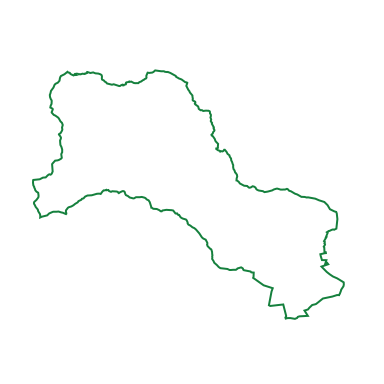 Ghelinta, Covasna, Romania, rotated 185°
{"feature_id": "2599482B945421352302", "entity_name": "Ghelinta", "entity_type": "district", "adm_level": 2, "iso_a3": "ROU", "parent_name": "Romania", "parent_adm1": "Covasna", "projection": "equal_earth", "projection_center": [26.296, 45.92], "detail": "fine", "context": "isolated", "style": "outline", "palette": "green", "viewbox_px": 384, "rotation_deg": 185, "n_neighbors": 0, "source": "geoboundaries", "source_scale": "gbopen_adm2", "svg_char_len": 6061}
<svg xmlns="http://www.w3.org/2000/svg" viewBox="0 0 384 384"><g transform="rotate(185 192 192)"><path d="M326.5,300.9L329.3,298.2L332.7,296.1L333.2,295.1L333.5,293.9L333.7,291.3L335.2,289.2L337.4,287.9L338.3,286.7L339.1,284.0L341.3,280.4L341.6,278.1L342.1,276.3L341.7,274.2L340.7,272.1L340.0,271.3L339.7,270.6L339.6,267.5L340.3,265.7L340.5,263.8L338.3,262.9L337.9,262.4L338.1,261.3L338.7,259.5L338.7,258.9L336.5,256.8L334.8,256.2L331.9,254.5L331.0,253.6L329.2,250.9L327.6,249.6L326.6,247.5L327.1,244.9L326.6,242.9L326.8,241.9L328.0,239.3L329.5,238.1L329.6,237.7L328.0,235.9L327.3,234.8L327.3,233.7L327.9,231.9L327.7,230.3L327.2,227.4L326.0,225.5L325.0,222.9L324.8,220.2L325.4,218.9L325.5,218.0L324.7,214.7L325.3,213.8L327.1,212.5L328.6,211.8L331.1,211.3L333.5,208.1L333.8,207.5L333.7,206.9L332.6,200.3L333.3,198.1L334.0,197.2L334.6,196.9L335.5,197.2L336.2,196.9L337.2,196.0L339.0,193.8L341.8,193.3L344.8,191.4L351.0,190.2L351.3,190.0L351.2,187.4L350.6,184.7L349.7,183.5L349.6,182.8L348.8,181.5L348.2,180.0L347.0,178.8L345.2,177.9L344.6,175.4L344.5,173.8L344.7,173.1L346.3,170.5L348.0,168.7L348.4,168.1L348.5,167.2L348.2,166.3L347.3,165.1L346.5,163.6L344.1,161.1L343.5,159.4L341.5,156.7L341.0,154.8L341.0,153.4L339.4,154.3L334.2,156.1L332.4,158.2L329.1,160.0L328.2,160.3L325.5,160.5L323.2,160.9L320.6,160.3L318.9,160.1L315.6,159.0L315.3,159.4L315.4,160.0L316.0,161.9L315.9,162.8L314.2,165.5L313.4,166.1L310.9,167.1L308.9,168.5L307.4,170.0L305.0,171.7L304.3,173.0L301.6,174.6L301.1,175.6L299.5,176.2L298.1,178.1L295.8,179.4L291.6,180.0L286.4,182.0L284.0,182.3L282.8,182.1L281.3,184.6L280.2,185.9L279.0,186.0L277.6,186.7L277.3,186.3L275.5,186.7L274.7,185.7L272.7,185.1L271.5,185.8L267.0,185.9L265.9,185.6L265.3,184.8L264.8,184.5L263.9,185.3L261.7,186.6L260.9,186.9L259.9,186.8L259.1,186.2L258.2,184.0L257.5,183.1L255.5,182.4L253.6,181.1L249.9,180.5L249.1,180.7L247.4,181.9L243.5,182.3L241.6,182.7L238.7,182.2L237.6,181.7L236.6,180.7L234.5,179.9L233.2,178.2L231.3,173.6L231.2,172.9L230.8,172.9L229.1,171.9L225.6,172.0L223.1,171.1L221.5,170.1L220.5,170.1L219.8,171.0L216.0,172.0L210.5,172.1L209.1,171.9L206.6,169.2L205.7,169.1L205.1,169.4L203.6,167.9L202.8,168.0L201.3,166.0L200.3,165.3L198.8,164.7L195.7,164.1L194.8,163.3L193.7,161.3L193.6,160.3L192.7,159.2L190.7,158.4L188.5,156.9L186.5,156.2L184.8,155.0L181.1,151.4L178.2,147.7L176.7,146.6L174.2,145.7L172.3,142.7L172.2,141.4L172.4,140.9L171.7,139.4L168.6,136.8L167.9,136.6L167.6,136.1L166.8,134.1L166.4,131.5L166.1,130.9L166.3,129.8L166.0,128.3L166.1,127.1L164.4,124.9L163.7,123.5L160.7,121.3L158.9,119.6L157.1,118.6L150.0,118.4L147.8,117.6L146.4,117.7L144.1,118.1L141.5,118.3L140.3,119.3L140.0,119.8L136.5,121.2L135.0,120.5L134.6,120.1L134.1,119.0L133.4,118.6L126.7,117.9L125.9,117.1L123.5,117.1L123.3,112.9L123.6,111.8L112.5,105.3L103.2,103.2L104.1,99.8L105.5,85.9L104.1,85.3L91.3,87.9L87.4,76.8L87.4,76.2L88.0,75.1L87.6,74.1L85.9,74.7L83.1,75.0L78.4,74.6L76.3,75.7L75.7,76.8L74.1,77.5L65.8,78.7L69.6,83.7L66.2,85.1L65.1,86.8L62.4,89.9L59.4,90.9L58.6,91.3L52.3,97.3L43.0,100.1L38.5,102.0L36.5,102.1L36.5,102.5L35.9,103.4L34.9,107.0L34.9,107.6L32.9,111.3L32.7,113.0L33.0,115.2L39.8,118.6L44.2,120.1L47.6,122.0L50.8,124.1L56.2,128.7L56.5,129.0L50.0,131.9L51.3,133.3L52.9,132.7L52.2,135.8L56.6,135.5L58.2,139.5L58.7,141.2L54.5,142.6L53.3,142.8L53.5,143.7L54.8,143.8L55.4,148.2L56.0,149.0L55.1,150.6L54.9,151.6L55.6,152.3L55.3,153.8L56.2,154.5L54.3,158.5L54.7,158.5L53.3,163.1L54.1,163.7L52.3,165.1L51.7,165.2L49.5,166.5L48.2,167.0L47.1,166.8L45.0,168.1L44.8,177.7L45.9,183.2L46.6,184.7L48.5,185.1L53.1,186.9L55.8,190.7L59.3,193.6L64.7,194.8L68.6,196.1L76.1,196.8L77.0,196.5L79.4,196.9L82.6,196.7L86.9,198.7L89.3,199.3L93.4,201.3L95.3,201.7L96.8,203.1L97.7,203.4L99.4,202.6L103.8,202.1L107.2,202.8L108.1,202.7L110.8,201.6L112.2,200.6L116.6,199.0L119.8,198.2L121.4,199.0L125.6,199.3L127.2,199.8L128.2,200.5L129.2,202.0L130.7,202.8L132.1,203.0L133.8,201.7L134.9,201.3L135.8,201.4L137.6,202.8L140.6,202.8L145.1,204.7L146.2,206.1L148.0,207.3L148.7,207.4L148.7,209.5L148.3,211.3L148.7,213.0L149.8,214.5L150.7,215.2L151.6,217.3L152.6,218.4L153.2,220.4L153.3,222.4L153.9,223.4L154.7,225.4L155.7,227.0L156.0,228.7L157.5,230.5L157.9,231.8L159.9,233.1L161.1,235.0L163.0,236.9L163.6,236.9L164.3,235.7L165.1,235.1L166.7,235.2L167.4,234.7L167.9,235.4L169.8,235.9L171.6,237.0L171.6,237.5L170.5,237.7L170.0,238.3L170.2,238.9L170.2,242.2L172.8,244.5L173.2,245.1L174.0,246.9L176.1,249.4L177.3,250.0L177.6,250.7L176.4,252.1L176.1,253.6L175.2,254.7L175.0,255.6L175.8,256.7L176.1,257.5L175.8,257.7L175.9,258.4L178.2,261.7L178.0,262.5L178.2,262.9L179.0,263.5L179.5,264.3L179.2,265.9L180.1,267.8L179.8,269.4L180.0,270.8L180.9,271.8L181.2,273.6L181.5,274.0L182.7,274.4L185.6,274.2L187.9,273.7L189.3,274.4L190.6,274.2L192.5,275.4L193.3,277.7L196.4,279.6L196.9,280.2L196.9,280.5L196.4,281.1L196.7,282.2L199.2,283.3L199.4,284.1L199.3,285.1L199.8,286.8L200.0,288.2L202.8,291.0L203.3,292.1L204.6,293.5L206.9,297.2L206.2,300.3L206.8,300.7L208.3,300.8L212.2,303.2L215.3,304.1L216.3,304.7L217.7,305.2L218.3,306.2L223.9,308.7L226.6,309.5L227.1,309.3L229.5,309.4L230.4,309.8L233.5,309.6L239.3,309.9L240.9,308.2L242.0,307.5L245.0,306.9L246.6,307.0L247.6,303.9L247.5,302.7L247.3,302.0L247.6,301.2L249.1,300.3L249.8,299.5L250.8,299.0L252.2,297.7L254.1,296.8L254.9,295.8L257.6,295.5L259.3,295.5L262.2,296.7L263.8,296.2L264.2,296.6L265.2,295.9L266.9,295.5L267.3,295.0L267.2,293.9L267.3,293.5L268.9,292.9L269.3,292.3L269.9,292.2L270.1,292.8L270.6,292.9L272.2,292.0L272.7,291.5L273.7,291.2L279.4,292.5L281.1,291.9L286.1,292.7L287.2,293.8L288.7,294.5L289.3,295.3L291.4,296.2L291.7,297.1L291.8,299.5L292.3,300.6L293.3,301.2L295.5,301.8L298.6,301.8L300.9,302.5L303.6,301.7L306.6,302.4L306.8,302.4L306.8,301.7L306.9,301.4L307.9,301.1L308.3,300.6L308.9,300.7L309.4,300.2L311.5,300.3L313.2,299.5L314.0,299.7L314.9,299.3L316.0,299.8L317.4,299.8L318.2,299.4L318.7,299.5L319.1,299.3L319.2,299.1L318.1,298.4L319.5,298.2L320.2,297.8L322.7,298.7L323.6,299.2L324.0,299.9L324.3,300.1L325.7,300.2L326.5,300.9Z" fill="none" stroke="#15803d" stroke-width="2"/></g></svg>